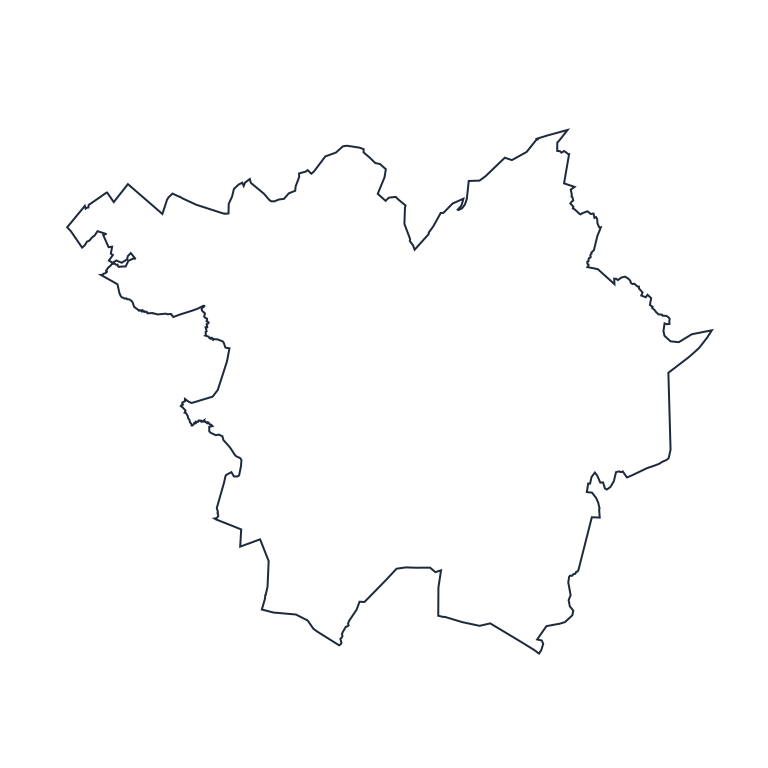 outline of Nītaures pag., Amatas, Latvia, rotated 93°
{"feature_id": "27541924B33705410668553", "entity_name": "Nītaures pag.", "entity_type": "district", "adm_level": 2, "iso_a3": "LVA", "parent_name": "Latvia", "parent_adm1": "Amatas", "projection": "mercator", "projection_center": [25.207, 57.075], "detail": "fine", "context": "isolated", "style": "outline", "palette": "slate", "viewbox_px": 768, "rotation_deg": 93, "n_neighbors": 0, "source": "geoboundaries", "source_scale": "gbopen_adm2", "svg_char_len": 6155}
<svg xmlns="http://www.w3.org/2000/svg" viewBox="0 0 768 768"><g transform="rotate(93 384 384)"><path d="M647.3,415.1L646.1,413.6L644.7,412.9L640.8,414.2L638.9,412.6L637.9,412.3L635.8,412.9L633.9,412.2L628.4,409.4L627.8,407.5L626.9,406.7L625.3,407.4L622.4,406.5L610.9,399.6L602.7,397.0L602.7,392.1L579.7,371.8L567.8,361.8L566.0,352.6L565.8,342.6L565.0,328.4L569.2,322.8L567.1,317.3L584.4,319.0L612.6,317.7L613.6,312.2L613.3,311.4L617.7,293.4L620.5,275.9L617.5,265.4L634.9,232.6L641.9,219.9L645.1,215.1L641.5,213.0L635.2,211.4L631.9,213.0L631.1,217.7L617.3,209.1L614.2,196.1L612.3,190.8L605.1,183.8L600.4,183.1L596.3,186.8L590.2,188.3L585.1,186.6L572.4,189.6L566.8,189.0L565.8,188.3L565.5,187.4L565.8,186.5L565.5,185.9L563.9,184.8L563.5,183.0L561.6,182.3L561.0,180.8L559.6,180.1L506.2,169.5L506.1,161.6L497.9,162.6L497.2,162.2L491.5,163.8L486.8,166.1L481.6,170.6L481.3,175.8L472.7,174.9L472.7,173.0L466.1,171.9L461.4,168.8L464.3,166.3L471.2,162.8L470.8,160.1L476.8,157.9L477.7,155.9L475.0,152.5L469.1,149.4L459.9,147.7L458.9,144.4L459.4,143.7L459.6,142.5L458.8,141.0L464.6,136.5L462.3,131.7L454.2,116.8L451.3,109.5L449.3,105.1L446.9,101.6L445.3,98.3L443.6,96.2L442.4,95.7L434.6,94.4L357.9,100.6L341.1,80.9L331.6,71.3L320.9,63.8L313.2,59.4L318.2,79.2L326.8,91.8L326.4,100.1L321.2,106.4L316.6,107.7L308.8,107.0L309.5,104.3L309.0,102.0L306.8,102.4L304.1,102.1L303.2,102.7L301.9,104.2L301.2,105.7L301.2,109.5L300.2,110.0L300.1,113.5L297.7,116.3L296.3,117.3L293.9,120.3L292.8,119.8L291.2,122.6L284.3,121.7L281.1,125.5L283.7,127.1L282.2,131.7L279.0,130.6L275.3,134.4L273.4,134.5L273.4,135.9L270.8,139.2L271.2,141.1L270.5,142.3L269.6,143.1L268.6,143.1L266.4,145.0L264.2,148.8L265.2,152.4L268.0,155.9L266.9,157.4L266.7,159.6L272.2,159.1L258.1,176.5L256.6,187.0L254.7,185.9L254.1,186.0L253.3,187.2L251.2,187.4L250.8,186.3L247.7,186.0L247.0,184.6L246.3,184.2L245.2,184.7L243.8,184.4L243.1,183.6L242.0,183.8L239.4,181.4L225.1,178.7L216.1,175.6L216.3,177.3L212.5,179.2L208.1,179.8L206.2,181.0L207.1,182.5L202.8,183.7L203.4,186.4L200.9,189.9L203.1,195.0L204.3,196.6L204.2,197.2L199.5,202.9L198.8,204.6L197.1,204.1L193.9,207.4L192.2,206.2L190.8,204.6L187.6,205.6L187.1,206.5L184.8,206.4L180.1,207.7L177.2,204.0L174.2,214.7L144.8,211.2L144.9,211.8L141.9,216.3L143.7,218.9L142.3,220.5L142.2,223.2L133.8,223.6L131.8,221.8L120.7,214.0L127.0,233.1L131.1,244.3L131.8,243.6L132.2,244.7L144.8,253.7L153.7,268.0L151.7,275.2L171.2,293.5L175.9,299.3L176.8,310.0L194.9,311.0L200.6,312.6L204.4,315.2L206.4,318.7L206.0,319.5L202.7,316.7L200.7,315.7L194.8,314.4L200.2,325.0L210.0,333.6L210.2,336.3L224.1,343.1L230.4,347.2L231.9,347.2L248.3,360.4L244.2,362.2L239.8,365.7L237.9,365.5L223.1,372.0L206.6,372.3L204.6,371.8L198.6,379.9L196.5,382.1L197.7,389.0L201.0,392.0L194.4,400.2L177.6,394.3L169.4,393.4L164.5,399.6L163.8,404.3L158.6,410.2L153.8,416.5L150.6,416.6L149.3,420.5L148.0,433.4L148.8,437.5L155.4,444.1L159.8,454.5L175.5,465.1L177.8,467.6L174.4,471.4L175.9,473.1L178.2,479.9L181.6,479.5L191.4,482.6L195.7,482.8L198.6,489.1L204.3,493.5L205.2,498.4L207.4,503.3L207.4,506.4L205.9,508.5L200.3,513.8L190.5,527.0L189.9,527.6L186.3,528.8L190.2,533.3L193.6,534.5L190.4,536.1L192.5,539.7L197.1,544.1L204.7,545.5L212.3,548.5L221.8,548.2L222.4,551.8L222.0,552.6L222.2,553.1L214.9,580.6L209.2,594.9L207.7,597.6L207.8,598.0L204.9,605.2L208.9,608.9L211.3,610.3L225.8,614.2L197.8,650.2L216.5,663.4L207.3,670.5L207.3,671.0L220.7,688.3L223.2,688.4L223.4,689.7L224.5,691.2L221.8,692.1L244.1,708.6L247.8,704.7L263.6,692.6L261.0,690.0L257.4,688.1L256.3,685.8L252.8,683.1L250.7,680.6L246.4,678.1L248.6,669.7L248.8,669.6L249.9,672.2L261.8,666.2L261.1,662.7L268.1,663.6L269.4,661.5L275.1,665.2L277.2,661.3L274.7,657.9L276.6,652.3L272.9,647.0L269.8,646.6L266.5,643.7L272.2,638.6L271.6,640.3L274.3,645.7L280.1,648.1L280.7,654.4L281.0,654.8L280.1,656.0L278.8,656.3L278.9,657.8L278.0,659.1L278.1,660.9L278.6,662.2L280.8,663.8L281.9,665.3L285.5,667.5L286.1,667.3L286.3,666.6L286.9,666.7L288.1,668.5L288.7,670.1L289.6,670.4L289.9,672.4L298.3,655.4L307.0,653.0L310.0,651.5L311.2,650.2L311.7,648.6L312.3,647.5L312.0,645.6L312.8,645.0L312.8,643.1L313.2,642.0L314.6,640.1L315.9,639.2L320.0,637.6L322.9,633.3L323.0,632.4L323.5,632.3L323.3,631.9L323.7,630.5L323.1,630.4L322.9,629.2L323.6,629.1L323.3,628.9L324.3,627.5L323.9,627.2L324.2,626.4L324.4,626.5L324.3,625.0L324.9,625.0L325.2,623.9L325.8,623.6L325.2,618.6L325.7,618.0L325.7,616.6L326.4,613.8L325.3,606.6L325.2,605.4L325.7,603.9L325.2,600.8L325.4,599.9L326.6,599.6L327.6,597.9L328.1,597.8L325.1,590.9L321.0,579.9L318.6,574.2L315.3,568.4L315.4,567.6L316.0,567.6L317.8,569.8L318.8,570.1L320.7,569.2L322.8,566.5L326.2,567.1L327.3,565.9L328.0,564.2L329.1,564.0L330.5,564.5L331.3,562.8L331.8,562.4L332.6,562.5L333.1,563.9L333.6,564.3L336.5,563.4L336.8,563.7L336.7,565.1L340.7,563.9L341.4,564.9L344.5,564.4L345.0,565.0L345.9,561.7L347.3,560.7L347.7,559.8L346.9,559.4L346.9,558.4L347.3,557.9L347.8,558.3L348.9,557.0L347.9,556.2L348.2,555.3L348.1,552.7L349.9,547.3L351.0,546.3L355.8,544.3L356.2,543.5L356.4,540.2L369.7,542.0L398.7,549.7L405.6,554.5L413.0,575.0L412.2,577.6L409.4,582.0L411.6,581.8L413.0,584.4L413.8,584.5L415.1,583.7L415.9,585.4L416.7,585.8L417.5,584.3L420.9,580.8L423.1,581.6L423.3,580.4L423.7,579.9L426.3,578.3L428.2,577.8L430.5,576.2L432.5,575.8L433.6,574.5L435.5,573.9L435.4,573.0L434.4,572.1L432.8,571.4L432.5,571.0L433.2,570.4L433.0,569.8L431.5,569.8L431.6,567.8L430.1,567.2L430.1,566.2L430.9,564.9L430.2,564.9L430.2,564.4L431.0,563.3L430.0,562.1L430.9,562.4L431.0,562.0L430.5,560.9L431.2,560.6L432.3,558.5L431.4,558.3L431.7,557.2L433.4,556.1L433.6,554.6L435.0,553.1L436.0,556.3L440.5,556.0L442.0,554.1L443.9,549.3L443.2,546.2L444.7,542.6L448.3,541.5L455.6,534.3L462.8,529.1L464.0,527.6L465.5,523.8L467.3,522.4L473.4,522.5L482.8,523.9L484.0,525.5L484.2,529.0L480.0,531.8L483.2,537.0L484.8,537.6L490.5,538.5L516.7,544.5L520.6,543.1L521.7,543.6L522.9,542.8L524.6,542.6L526.7,544.0L527.2,546.2L528.1,544.5L536.7,519.0L553.9,519.1L545.6,499.6L566.9,489.9L592.5,489.7L600.9,491.1L601.0,491.5L604.6,491.6L615.6,494.2L618.0,482.4L618.8,459.9L624.2,447.8L632.1,441.7L634.7,437.8L647.3,415.1Z" fill="none" stroke="#1e293b" stroke-width="2"/></g></svg>